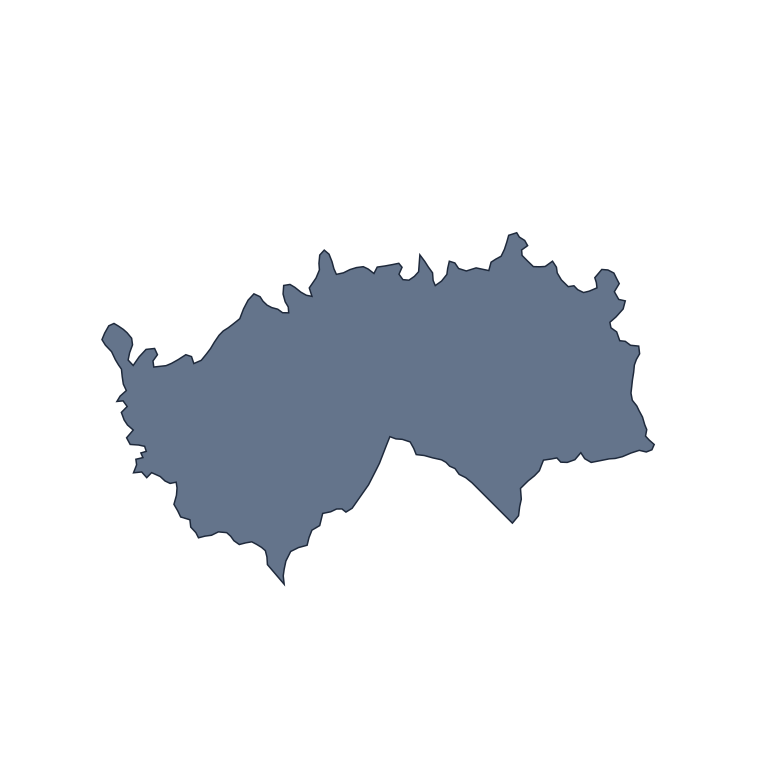 the district of Arroio do Tigre, Rio Grande do Sul, Brazil, rotated 44°
{"feature_id": "56859067B46715985023238", "entity_name": "Arroio do Tigre", "entity_type": "district", "adm_level": 2, "iso_a3": "BRA", "parent_name": "Brazil", "parent_adm1": "Rio Grande do Sul", "projection": "robinson", "projection_center": [-53.063, -29.255], "detail": "fine", "context": "isolated", "style": "filled", "palette": "slate", "viewbox_px": 768, "rotation_deg": 44, "n_neighbors": 0, "source": "geoboundaries", "source_scale": "gbopen_adm2", "svg_char_len": 3446}
<svg xmlns="http://www.w3.org/2000/svg" viewBox="0 0 768 768"><g transform="rotate(44 384 384)"><path d="M483.5,148.4L478.4,146.7L472.3,144.5L465.9,146.4L461.1,150.3L461.8,161.1L466.4,163.6L470.4,166.9L467.1,174.7L464.0,179.6L457.8,181.6L452.4,181.4L448.9,186.0L439.3,185.9L431.5,183.8L426.9,180.2L419.9,178.6L418.3,187.5L414.4,191.7L409.9,195.8L401.5,195.8L394.0,195.6L389.9,192.0L391.2,184.7L385.5,183.0L379.3,184.3L374.4,183.0L370.4,190.4L373.8,196.7L377.1,203.5L379.5,210.7L377.7,216.4L376.4,222.0L380.6,229.6L369.6,236.5L364.7,245.5L357.4,249.1L350.9,247.7L345.7,250.3L349.5,256.6L353.1,261.5L353.9,270.0L352.5,277.6L347.4,275.4L341.7,270.3L334.4,269.0L328.2,267.5L320.1,266.2L326.5,273.9L330.9,279.2L331.1,285.5L329.8,292.0L325.1,295.8L318.5,294.6L315.9,287.5L310.8,286.9L307.0,292.4L302.8,298.3L297.9,304.6L300.0,311.5L292.7,312.3L287.6,314.0L283.3,319.4L280.0,325.4L277.6,332.2L273.6,338.2L267.9,335.9L261.6,332.1L254.3,328.8L248.0,329.2L248.2,335.9L253.4,342.4L258.3,346.8L261.5,355.0L263.5,366.8L271.3,371.0L266.5,374.1L260.3,375.7L252.7,376.4L247.2,377.7L243.4,382.8L248.9,389.4L255.8,393.5L261.6,395.1L266.0,399.0L261.5,403.2L255.6,404.0L250.2,407.0L245.1,408.5L239.4,408.5L234.2,407.3L227.8,409.5L228.0,418.1L230.8,427.6L234.9,437.2L233.9,445.1L232.9,451.8L231.5,457.6L231.5,463.6L232.9,471.7L234.6,479.0L235.4,485.6L236.1,493.9L233.0,501.4L226.5,498.0L221.1,500.6L218.9,509.8L216.8,516.8L214.5,522.2L206.6,531.7L201.8,527.9L200.7,520.3L194.3,517.8L188.8,524.4L189.0,534.6L190.7,544.9L183.3,544.5L179.3,538.2L175.9,530.5L170.7,526.4L163.6,525.6L158.6,525.8L152.8,526.8L147.7,528.0L145.6,533.3L147.7,541.4L150.3,548.0L156.6,549.6L165.6,550.0L173.8,553.1L179.7,554.7L184.8,555.7L190.5,560.5L196.6,565.2L203.2,567.7L202.6,576.0L204.0,582.1L208.0,577.4L214.9,578.6L214.8,586.9L222.1,590.4L228.0,591.7L235.6,591.3L236.2,601.5L243.4,603.8L249.8,598.4L255.1,595.1L259.8,597.6L257.0,602.5L261.7,604.4L257.8,610.5L262.2,614.0L265.5,621.9L270.8,615.6L278.4,616.2L278.4,609.2L287.3,606.0L293.8,605.9L299.2,604.1L302.7,599.0L307.3,602.5L312.0,608.2L316.5,616.5L323.6,618.5L330.1,620.9L338.7,616.5L344.4,621.2L351.9,621.6L357.4,623.5L360.9,617.8L365.0,612.6L367.6,605.4L374.1,600.2L379.5,600.0L384.9,601.0L391.4,600.0L394.9,594.3L398.5,589.4L403.9,587.8L409.4,586.6L414.4,586.3L419.9,589.7L425.6,594.9L451.3,597.4L444.8,592.0L441.0,586.8L436.4,579.5L433.2,569.3L436.1,561.1L440.7,553.4L436.7,546.5L433.7,539.2L436.1,530.5L429.8,519.7L434.4,513.0L436.7,506.9L440.5,503.1L445.6,502.6L447.4,495.5L442.9,467.2L438.2,451.8L435.8,444.2L428.2,426.1L424.8,417.8L430.7,415.2L435.6,411.1L443.1,407.5L450.2,409.7L456.2,412.4L462.6,407.5L470.5,403.2L478.0,398.6L483.0,397.3L488.3,397.5L493.8,395.5L500.8,396.8L507.8,394.6L516.0,393.9L573.0,394.9L572.3,385.3L566.8,378.0L562.8,371.5L554.7,364.3L555.0,353.4L556.0,345.5L556.0,338.5L553.8,333.3L551.6,328.0L556.3,321.9L559.7,317.1L565.5,317.4L570.3,313.1L573.9,305.8L573.3,296.7L580.3,298.3L587.5,296.5L592.9,288.8L598.0,281.4L602.0,277.0L606.0,270.6L609.6,262.1L613.7,254.4L619.9,250.7L622.4,245.2L620.4,239.8L613.8,240.1L608.3,239.8L604.7,234.3L599.9,232.2L592.9,228.2L586.0,226.0L581.2,224.2L573.9,223.2L568.0,219.0L564.1,213.9L559.9,208.5L555.5,202.2L550.9,196.4L548.5,191.0L546.9,184.7L540.9,179.8L534.4,184.9L527.9,185.7L523.5,189.1L515.2,184.9L508.2,185.9L503.6,182.7L504.3,174.7L503.9,163.9L499.8,156.6L494.1,160.1L485.6,157.6L483.5,148.4Z" fill="#64748b" stroke="#1e293b" stroke-width="1.5"/></g></svg>